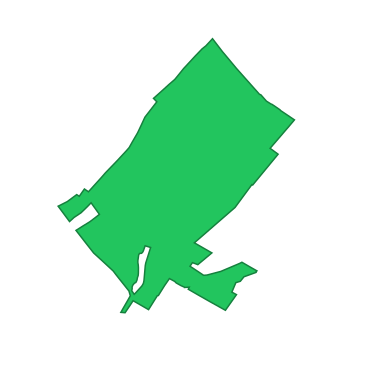 the district of Nasturelu, Teleorman, Romania, rotated 147°
{"feature_id": "2599482B97470036487680", "entity_name": "Nasturelu", "entity_type": "district", "adm_level": 2, "iso_a3": "ROU", "parent_name": "Romania", "parent_adm1": "Teleorman", "projection": "natural_earth1", "projection_center": [25.483, 43.671], "detail": "fine", "context": "isolated", "style": "filled", "palette": "green", "viewbox_px": 384, "rotation_deg": 147, "n_neighbors": 0, "source": "geoboundaries", "source_scale": "gbopen_adm2", "svg_char_len": 2017}
<svg xmlns="http://www.w3.org/2000/svg" viewBox="0 0 384 384"><g transform="rotate(147 192 192)"><path d="M250.1,115.9L246.1,113.7L248.1,112.5L242.1,100.7L236.7,90.3L228.4,74.6L210.6,81.7L213.1,86.3L204.6,92.1L200.1,90.8L194.6,92.6L182.2,89.7L182.2,90.1L180.5,90.5L184.5,98.2L188.4,105.9L190.4,106.1L191.1,106.2L208.7,109.3L211.0,109.7L224.7,114.2L227.6,115.8L232.6,127.4L234.1,130.8L232.5,131.5L230.1,132.5L228.9,130.9L227.9,129.6L226.7,127.9L208.5,130.1L217.7,148.1L164.3,155.6L137.7,165.6L137.3,164.8L99.2,176.8L102.7,186.1L73.7,194.6L66.8,196.7L73.3,212.0L73.4,212.9L76.1,219.5L77.3,222.2L77.8,222.7L80.1,227.7L81.3,236.0L82.2,237.2L87.4,271.4L89.0,284.9L90.0,292.9L90.8,303.0L91.3,309.4L100.8,307.0L105.3,306.6L115.2,304.3L131.0,300.3L131.5,300.2L138.5,297.9L145.1,295.8L145.7,295.7L152.4,294.8L166.0,292.6L173.3,291.5L172.4,286.8L190.2,280.6L190.9,280.3L196.9,276.5L203.2,272.6L205.5,271.2L214.2,266.8L220.5,263.5L224.7,262.3L238.2,258.9L253.9,255.3L260.6,253.4L278.7,248.6L280.6,253.1L288.9,249.8L290.1,252.6L302.0,251.9L312.0,253.0L310.8,233.9L304.8,234.9L297.5,235.0L296.4,235.0L288.2,236.6L282.5,237.9L282.0,226.9L281.8,223.7L287.2,223.2L294.0,222.7L301.7,222.9L303.6,222.9L310.2,223.0L308.9,207.8L307.7,194.4L304.7,182.9L301.1,168.6L300.8,164.2L300.4,160.0L298.8,143.3L299.7,140.4L300.3,138.5L306.1,135.5L312.8,132.1L317.2,129.8L313.9,127.2L303.3,131.7L302.0,132.3L300.6,132.9L292.5,117.0L277.6,123.9L276.6,123.5L266.3,128.3L258.1,131.7L255.2,126.4L254.8,124.4L252.2,119.4L250.0,116.0L250.1,115.9ZM292.4,146.1L289.9,146.9L288.5,146.7L287.6,147.1L286.0,148.2L284.4,149.9L282.6,151.3L281.2,153.1L280.4,154.3L279.6,155.5L278.2,157.6L276.8,160.1L275.9,162.2L274.8,163.9L272.7,166.3L270.8,168.5L269.3,169.0L267.8,168.1L266.4,168.3L264.9,169.1L260.6,172.4L256.9,168.0L263.2,162.8L269.5,157.6L271.3,155.7L280.5,143.9L281.0,143.4L282.5,141.9L283.8,141.2L285.2,140.5L293.8,138.2L296.2,137.7L296.3,142.0L294.9,143.4L294.0,144.9L293.2,145.5L292.4,146.1Z" fill="#22c55e" stroke="#15803d" stroke-width="1.5"/></g></svg>